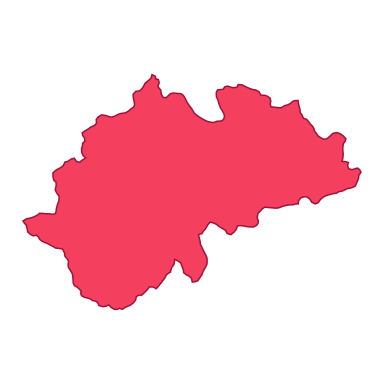 outline of Caldas, Minas Gerais, Brazil
{"feature_id": "56859067B22702715825504", "entity_name": "Caldas", "entity_type": "district", "adm_level": 2, "iso_a3": "BRA", "parent_name": "Brazil", "parent_adm1": "Minas Gerais", "projection": "mercator", "projection_center": [-46.356, -21.898], "detail": "fine", "context": "isolated", "style": "filled", "palette": "rose", "viewbox_px": 384, "rotation_deg": 0, "n_neighbors": 0, "source": "geoboundaries", "source_scale": "gbopen_adm2", "svg_char_len": 4261}
<svg xmlns="http://www.w3.org/2000/svg" viewBox="0 0 384 384"><path d="M122.2,309.3L126.1,307.0L128.2,306.1L130.6,304.9L133.6,302.7L135.6,300.0L136.3,296.6L138.8,295.2L141.6,295.2L144.7,292.4L147.3,289.7L149.5,286.9L153.2,287.0L156.2,288.7L158.2,286.6L159.8,284.5L161.5,282.4L163.1,280.3L164.9,277.8L166.4,274.8L168.4,273.3L170.5,272.1L171.0,269.4L172.2,266.6L173.9,264.6L174.4,261.9L174.6,259.4L177.4,260.6L180.5,262.6L182.2,266.8L183.3,269.9L183.7,272.7L186.0,274.6L189.3,276.3L191.6,278.6L192.2,282.0L194.8,281.9L198.0,280.6L200.1,277.3L201.9,274.8L203.2,271.2L205.3,267.7L207.0,264.1L207.1,260.3L206.9,257.5L205.7,254.9L204.3,252.3L202.9,249.4L201.5,246.5L200.4,244.3L200.1,241.3L199.3,238.0L198.5,234.5L202.0,233.6L203.3,231.2L205.0,229.5L206.4,227.4L207.9,224.6L210.3,222.0L213.2,222.9L216.4,224.3L219.1,226.5L221.9,228.2L225.5,230.4L227.1,233.5L230.8,234.7L233.9,232.3L236.4,229.2L237.4,226.0L239.7,225.6L243.6,225.9L246.5,226.6L249.6,226.9L253.6,227.0L256.7,225.3L258.1,223.2L258.3,220.7L257.2,217.8L257.9,213.5L260.6,210.8L262.2,208.8L264.9,207.2L269.2,207.6L274.8,208.1L277.5,208.1L279.7,207.5L281.9,206.6L285.3,205.6L288.1,205.0L290.9,204.8L293.4,204.7L295.6,203.9L298.3,203.9L298.5,200.9L300.8,197.9L303.9,196.8L306.7,196.8L309.6,198.9L311.8,202.3L315.2,203.9L318.2,202.7L320.3,199.7L322.9,197.3L326.5,195.5L329.8,194.5L333.4,193.6L336.7,193.1L339.1,191.6L342.2,191.1L344.4,190.1L347.0,188.7L349.7,188.3L352.0,187.6L355.1,186.2L357.0,182.3L358.5,178.6L358.9,175.2L361.0,172.3L359.6,169.6L357.4,168.0L355.1,168.8L352.1,169.6L348.6,168.8L347.6,165.4L348.4,162.5L345.4,161.6L342.1,161.4L342.9,157.8L343.2,154.0L342.8,150.5L342.8,147.2L343.5,143.4L345.2,141.3L345.9,138.7L343.0,135.7L340.2,133.7L336.8,132.6L333.0,133.3L330.9,135.3L329.0,137.0L326.7,138.9L323.6,139.2L320.8,137.7L318.2,136.0L316.0,133.0L314.4,130.8L313.8,128.2L312.3,126.0L310.5,124.2L308.3,121.3L306.5,119.2L303.5,118.4L301.8,114.6L300.3,112.8L300.0,109.9L299.4,107.1L298.5,104.0L298.0,100.5L294.9,100.6L292.5,101.5L290.5,103.4L288.1,104.7L284.5,105.7L281.2,107.8L277.0,107.5L273.2,107.1L270.9,106.7L270.2,103.9L270.8,101.4L270.2,98.2L267.3,96.2L264.8,95.3L260.9,95.1L258.9,91.7L255.7,90.0L252.7,89.5L249.7,88.5L245.8,86.8L242.0,84.8L238.2,84.5L237.0,87.2L233.2,87.8L230.1,86.9L227.6,86.1L224.8,86.8L223.0,89.4L220.4,89.6L217.6,89.8L216.3,92.4L216.4,96.7L218.0,100.1L218.8,103.4L220.5,108.0L222.3,110.8L223.6,113.1L224.5,116.1L223.7,119.0L222.0,120.8L219.5,121.1L216.8,121.3L214.6,122.3L212.3,122.5L209.9,122.0L207.4,121.4L204.9,120.3L202.4,118.9L199.3,117.0L196.3,115.0L194.2,112.9L191.9,109.0L189.1,105.3L187.1,102.3L185.5,99.0L183.6,95.7L181.0,93.7L177.0,93.4L173.3,93.0L170.5,93.7L168.6,95.3L166.3,97.6L163.2,97.5L161.4,94.5L160.7,90.0L157.8,86.6L159.2,82.8L158.4,79.5L155.7,78.9L155.4,76.3L152.0,74.6L151.0,78.1L148.5,80.5L146.6,81.9L144.9,83.5L143.7,86.0L142.1,88.5L139.7,90.8L135.7,91.4L133.1,94.4L133.3,97.6L134.1,101.4L134.6,104.6L133.7,107.0L131.6,108.4L128.8,110.8L126.1,112.5L123.4,113.2L121.0,113.4L118.4,114.3L114.9,116.1L111.5,117.2L108.6,116.5L105.3,115.4L101.5,114.9L98.2,116.9L96.2,119.6L96.5,123.2L94.5,125.5L90.6,127.2L88.3,128.9L86.4,130.1L84.3,131.2L82.2,132.9L82.6,135.3L84.4,137.8L84.8,141.2L82.6,143.3L82.5,145.9L81.5,148.7L81.7,152.3L83.0,155.5L85.6,157.7L83.8,159.2L81.6,160.5L79.7,162.3L76.4,161.4L74.3,158.2L70.8,159.2L68.2,161.2L65.0,162.0L63.3,165.6L60.9,167.5L57.5,169.2L55.2,170.8L52.9,172.9L53.0,176.8L53.9,180.4L56.0,182.1L56.2,185.6L55.2,189.8L56.6,192.9L59.2,196.3L58.9,200.6L57.5,204.4L56.4,208.4L56.2,210.8L55.5,213.5L53.0,214.3L50.8,214.0L48.4,213.7L45.9,213.8L42.8,213.4L39.6,213.3L36.7,215.5L33.5,217.0L30.4,218.1L26.7,218.7L23.0,221.0L24.6,223.5L26.3,225.1L27.1,228.6L27.7,231.9L30.4,234.4L33.2,235.9L36.0,235.2L38.5,236.9L39.5,239.2L41.8,241.1L44.4,242.3L47.4,243.5L49.8,244.8L52.8,246.4L55.5,248.0L58.9,248.4L62.4,249.0L64.4,252.7L65.0,256.4L67.0,258.6L68.6,261.1L68.1,264.1L68.4,267.4L70.6,270.7L72.2,273.6L72.8,276.3L73.0,279.1L73.2,283.0L74.5,285.7L77.2,287.2L79.1,288.9L81.1,291.0L80.7,293.3L81.5,295.7L84.4,297.3L87.1,297.9L90.6,299.0L92.7,300.7L95.5,301.0L97.6,302.7L99.0,305.6L103.0,306.7L106.1,306.2L108.8,304.9L111.1,307.4L114.4,309.4L117.1,309.4L119.4,308.3L122.2,309.3Z" fill="#f43f5e" stroke="#9f1239" stroke-width="1.5"/></svg>